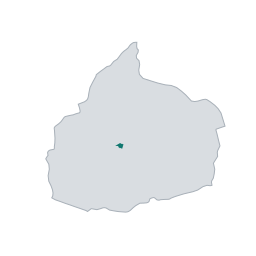 Gweru Urban, Midlands, Zimbabwe (highlighted), rotated 73°
{"feature_id": "62879985B64547719639207", "entity_name": "Gweru Urban", "entity_type": "district", "adm_level": 2, "iso_a3": "ZWE", "parent_name": "Zimbabwe", "parent_adm1": "Midlands", "projection": "equal_earth", "projection_center": [29.828, -19.456], "detail": "fine", "context": "in_parent", "style": "filled", "palette": "teal", "viewbox_px": 256, "rotation_deg": 73, "n_neighbors": 0, "source": "geoboundaries", "source_scale": "gbopen_adm2", "svg_char_len": 2822}
<svg xmlns="http://www.w3.org/2000/svg" viewBox="0 0 256 256"><g transform="rotate(73 128 128)"><path d="M172.5,221.3L170.7,219.7L168.2,218.7L165.0,218.3L160.8,218.5L155.7,219.3L150.2,218.3L144.4,215.3L139.5,214.3L133.7,215.6L133.4,215.6L132.4,214.6L130.8,212.5L128.1,212.1L127.4,211.6L126.8,210.8L126.4,209.8L126.3,208.7L126.7,205.2L126.5,204.8L125.8,204.3L124.3,203.9L120.8,202.3L116.4,200.8L109.2,199.1L106.5,198.6L105.8,198.1L105.0,196.8L103.6,192.8L102.3,190.1L99.2,186.0L98.7,184.7L98.9,181.4L99.1,178.8L99.4,176.5L99.2,174.4L99.2,171.8L99.3,170.0L98.8,169.3L97.7,168.8L94.5,168.5L90.7,168.6L90.5,166.0L90.2,161.8L89.4,159.5L88.5,158.2L86.7,156.9L83.1,155.2L78.2,152.5L74.0,148.5L69.2,143.6L67.7,142.7L65.9,138.1L63.1,130.1L63.3,127.5L62.9,126.2L60.2,122.3L59.6,120.2L59.1,118.2L54.9,112.5L53.5,109.9L52.4,106.7L51.3,104.2L50.3,103.1L49.1,101.4L48.3,99.4L47.9,97.9L48.2,95.9L48.6,94.5L52.6,95.9L54.7,96.1L56.4,95.3L58.6,96.3L61.1,98.9L63.8,99.4L66.8,97.8L70.8,98.3L75.8,100.8L80.0,101.4L85.0,99.1L89.4,92.7L93.5,86.7L97.6,79.8L100.0,74.2L103.6,69.6L108.4,66.1L113.3,63.1L120.7,59.5L122.2,56.5L122.7,53.2L122.7,48.6L123.1,45.7L123.9,44.3L125.1,43.3L126.7,41.9L131.6,38.4L135.8,36.2L140.8,34.7L146.3,34.7L151.6,34.7L154.6,34.7L154.7,39.1L154.9,44.0L155.5,44.5L159.5,44.6L165.9,45.0L172.0,45.3L175.9,48.9L177.3,49.7L181.4,50.6L186.6,56.6L192.8,57.1L197.1,59.0L200.9,61.1L203.1,63.5L204.5,64.1L206.4,64.3L207.4,64.5L207.2,66.3L205.9,69.2L206.0,73.5L207.7,79.5L207.9,84.6L207.3,93.7L207.3,102.5L207.5,105.7L207.7,107.7L208.1,108.9L208.0,110.2L207.0,113.9L206.1,117.7L206.1,119.3L205.7,120.4L205.1,121.4L202.4,123.1L201.9,124.2L201.9,126.3L202.2,127.9L203.3,128.6L204.5,129.5L205.0,130.8L205.0,132.1L204.5,134.5L203.4,138.6L204.5,143.3L205.7,146.3L207.4,149.8L208.0,152.0L208.0,153.5L207.7,155.0L205.2,161.4L203.3,165.4L201.1,169.6L198.1,172.3L197.4,173.6L197.0,175.1L197.1,178.2L197.0,181.6L194.4,186.7L196.0,191.1L195.6,191.5L194.8,192.1L191.1,197.1L187.5,202.1L184.8,205.7L181.8,209.9L178.3,214.5L175.4,218.5L172.5,221.3Z" fill="#d9dde1" stroke="#a8b0b8" stroke-width="1"/><path d="M142.5,138.2L142.1,138.6L142.0,139.4L141.9,139.4L141.7,139.6L141.9,139.8L141.6,140.1L141.4,140.0L141.3,139.9L141.3,139.6L141.2,139.9L141.0,140.1L140.9,140.2L140.9,140.3L141.0,140.5L141.3,140.9L141.1,141.0L141.5,142.8L141.9,141.7L142.0,141.9L142.6,141.9L142.8,141.6L143.0,141.8L143.2,141.6L143.3,141.7L143.3,141.8L143.6,141.8L143.7,141.6L143.8,141.5L143.6,141.3L143.7,141.1L143.6,140.8L143.9,140.9L143.8,140.4L143.9,140.1L144.0,140.1L144.3,140.2L144.5,140.4L144.7,140.2L144.3,139.8L144.7,139.6L144.4,139.4L144.4,139.5L144.1,139.3L143.9,139.2L143.8,139.5L143.6,139.3L143.6,139.2L143.4,139.1L143.2,138.9L143.1,139.0L143.0,138.8L142.9,138.9L142.9,138.7L142.7,138.5L142.5,138.2Z" fill="#14b8a6" stroke="#0f766e" stroke-width="1.5"/></g></svg>